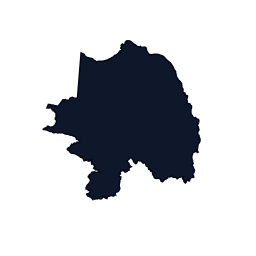 Mackenzie District, Canterbury, New Zealand, rotated 126°
{"feature_id": "76426892B16622223508882", "entity_name": "Mackenzie District", "entity_type": "district", "adm_level": 2, "iso_a3": "NZL", "parent_name": "New Zealand", "parent_adm1": "Canterbury", "projection": "albers", "projection_center": [170.575, -43.938], "detail": "fine", "context": "isolated", "style": "filled", "palette": "ink", "viewbox_px": 256, "rotation_deg": 126, "n_neighbors": 0, "source": "geoboundaries", "source_scale": "gbopen_adm2", "svg_char_len": 5878}
<svg xmlns="http://www.w3.org/2000/svg" viewBox="0 0 256 256"><g transform="rotate(126 128 128)"><path d="M66.6,104.8L64.2,106.4L63.5,108.3L61.9,109.5L61.1,110.6L60.6,110.7L59.6,113.6L59.7,114.7L58.0,119.2L56.3,120.7L55.4,122.0L54.5,122.5L54.0,123.5L53.7,125.1L52.1,127.5L50.5,131.7L50.2,136.8L49.4,140.6L49.4,142.5L50.8,146.9L52.3,149.4L54.9,152.0L56.0,153.8L55.8,155.2L54.8,158.0L52.6,160.5L52.4,161.2L52.8,162.1L54.5,163.9L55.0,165.2L54.7,166.0L55.6,166.4L56.5,167.9L56.6,169.2L56.4,169.6L56.6,170.2L56.4,171.0L56.7,172.8L56.4,175.2L56.5,177.8L58.0,180.0L58.5,180.4L60.1,180.6L62.0,179.7L63.0,180.2L63.4,182.0L64.7,182.1L65.4,182.0L65.8,181.1L67.1,180.5L67.4,180.9L67.7,180.7L67.6,180.0L68.5,178.7L69.7,179.0L70.3,178.3L70.5,178.8L70.1,179.5L70.4,179.8L71.0,179.5L72.2,179.8L73.4,179.5L75.2,180.4L76.1,180.4L76.8,181.3L79.7,181.8L80.5,182.5L82.0,182.8L82.9,183.6L85.3,184.8L88.6,187.4L91.5,191.2L93.0,192.2L92.9,193.7L93.2,195.3L92.8,197.2L93.4,199.0L93.7,199.3L95.1,202.7L95.0,205.6L94.2,206.5L94.8,210.1L133.9,186.2L133.9,187.0L134.9,188.0L135.6,189.4L135.9,191.1L137.9,192.4L140.9,192.0L141.0,193.1L141.7,194.2L141.8,195.5L142.4,195.8L143.4,197.2L152.0,197.3L152.1,199.1L152.7,199.7L153.7,202.5L154.3,203.1L155.0,205.2L155.8,206.3L159.4,205.4L158.4,203.8L157.1,202.6L156.9,202.1L157.1,201.6L156.9,201.4L157.8,200.2L157.6,199.8L157.7,199.1L157.5,198.9L157.8,198.7L157.5,198.5L157.4,198.0L157.7,197.8L157.5,197.3L157.9,196.9L157.7,196.4L158.0,196.1L157.7,195.9L158.0,195.3L158.7,194.4L159.0,194.5L159.2,194.0L160.2,193.6L160.5,192.6L161.9,192.8L162.9,192.5L163.0,191.9L163.7,191.7L163.5,191.2L163.7,190.4L165.9,189.1L167.4,189.1L168.4,188.6L169.1,189.0L171.6,189.3L171.7,190.0L172.8,190.9L173.5,192.9L173.5,193.9L174.1,194.2L175.4,194.1L177.2,195.3L178.8,195.8L178.8,195.4L177.3,192.6L176.6,188.9L175.3,186.9L175.5,186.9L175.7,186.4L175.4,186.3L175.5,186.0L175.3,185.6L175.5,185.3L174.8,184.4L173.9,184.1L173.4,182.1L172.6,181.1L172.0,180.9L171.2,179.2L170.2,178.3L169.8,175.7L169.0,173.8L168.0,172.9L168.0,171.2L167.6,170.3L167.0,169.8L166.3,166.3L165.9,165.1L167.3,163.0L166.7,161.4L167.1,159.2L167.7,159.0L167.9,159.3L168.6,159.5L169.0,159.8L169.0,160.3L169.4,160.5L169.5,160.8L169.9,160.5L170.4,161.0L171.2,160.9L171.3,161.8L171.7,162.0L171.8,162.6L172.4,162.8L173.3,162.7L174.1,163.4L174.2,164.0L177.4,163.7L179.3,164.6L180.7,164.8L181.0,164.2L181.2,163.3L181.0,162.2L181.7,160.4L181.5,158.7L180.9,158.0L180.9,157.4L180.3,156.7L179.6,154.7L179.7,153.5L179.3,152.5L179.5,152.0L179.3,151.7L179.4,151.2L178.9,150.6L179.6,149.6L179.3,148.2L179.1,147.9L178.4,148.2L177.9,147.7L178.4,147.1L179.0,146.9L179.2,146.0L180.3,144.3L177.8,142.1L177.4,141.3L178.2,140.7L177.2,139.7L176.8,139.9L175.3,138.9L176.3,138.4L176.5,137.7L177.7,137.1L178.4,136.0L178.0,135.8L177.8,134.8L178.2,133.5L178.2,132.4L180.7,132.2L180.4,131.0L181.0,129.7L179.9,128.5L180.0,125.8L180.7,125.4L183.3,128.5L183.0,129.1L185.2,131.3L187.0,130.9L188.4,131.7L189.1,131.4L190.3,131.7L191.0,131.3L190.9,130.2L191.4,129.8L191.9,128.0L192.6,127.2L194.9,127.2L195.5,126.9L198.6,127.4L199.5,126.8L200.3,127.0L201.4,126.6L202.0,125.8L201.3,125.3L201.4,124.6L201.0,124.0L201.8,123.4L200.8,122.8L200.9,121.5L203.3,121.2L203.8,120.9L204.4,121.2L205.1,122.4L205.6,122.4L206.1,122.1L206.0,121.9L206.3,121.5L206.1,120.7L206.4,120.8L206.6,120.5L206.1,119.0L206.2,118.2L205.4,117.4L206.0,116.8L205.9,115.9L206.3,115.4L206.5,114.5L205.9,114.7L205.4,114.1L205.2,113.2L203.8,112.1L203.3,111.1L202.4,110.8L201.6,108.7L200.6,107.7L199.0,108.0L197.8,106.0L198.0,105.4L197.4,103.6L196.8,103.9L194.9,104.0L194.0,102.8L193.1,102.7L192.8,102.1L192.1,101.5L191.9,100.1L191.6,99.7L189.6,99.3L189.5,98.8L189.0,99.5L187.4,100.3L185.7,98.9L184.7,98.6L182.7,98.7L181.6,99.2L180.1,101.1L178.9,101.9L176.1,103.2L175.3,104.0L173.9,103.9L171.9,105.0L172.1,105.8L172.5,105.8L172.2,107.3L170.8,107.5L169.6,107.1L168.6,108.4L167.3,108.4L166.2,107.9L165.1,106.6L165.2,105.9L165.0,105.6L165.1,105.0L165.4,104.5L163.9,103.4L161.8,102.9L161.3,102.4L160.6,102.9L160.1,104.0L157.5,102.7L157.6,103.2L157.2,105.0L156.0,106.7L155.9,108.4L155.2,109.2L153.7,109.2L152.4,108.8L151.4,108.9L150.8,108.5L149.9,107.4L150.5,106.6L150.8,105.1L151.4,104.5L151.9,103.3L152.4,101.0L151.7,100.4L150.8,101.0L150.4,100.6L149.2,101.2L148.3,100.7L147.6,98.9L146.6,97.5L147.3,96.7L147.4,96.1L147.2,95.6L147.5,95.0L146.9,94.6L146.3,93.6L146.5,92.9L148.0,90.8L147.4,89.1L149.2,86.9L148.4,85.9L149.3,84.8L149.6,84.2L149.0,83.4L149.4,82.3L151.0,80.8L151.9,78.4L152.8,77.4L152.3,75.6L151.3,74.6L150.7,73.6L150.6,72.6L150.2,72.1L150.3,71.5L151.6,70.0L151.3,68.6L149.5,68.1L148.0,68.3L147.4,68.0L147.3,67.5L146.7,67.1L146.0,67.2L145.2,66.6L144.6,67.0L144.0,66.9L142.9,65.3L142.1,65.2L141.3,64.4L141.5,63.9L141.3,63.3L141.3,62.3L140.8,61.6L139.9,61.0L140.0,60.2L139.8,59.4L140.2,58.6L140.0,58.2L137.6,57.7L136.8,56.6L135.8,56.2L135.7,55.0L134.9,54.5L136.8,54.2L137.3,52.2L138.5,51.2L138.7,49.3L138.3,49.4L137.3,49.1L136.0,49.7L134.8,49.0L134.7,48.4L135.1,47.9L134.7,47.2L132.1,48.1L131.6,47.8L130.9,47.8L130.6,47.2L129.6,46.6L129.4,46.0L129.1,45.9L128.1,47.2L127.7,47.3L127.7,48.2L126.9,48.8L125.3,48.5L122.9,49.5L122.4,50.9L121.2,52.4L121.1,53.9L118.2,54.6L117.4,55.9L116.5,56.5L115.6,58.0L113.8,59.6L110.8,60.6L110.3,61.1L109.5,60.9L108.3,60.0L107.1,59.6L107.0,58.7L106.5,57.6L106.8,57.4L106.3,57.1L105.6,58.6L103.0,60.2L99.5,61.9L98.3,61.7L96.2,62.1L95.1,62.9L94.2,63.8L93.9,64.9L93.5,64.9L93.4,65.3L92.2,66.4L92.2,67.7L91.7,68.3L90.7,68.7L90.0,69.5L88.5,69.3L88.1,69.8L87.5,69.8L87.1,70.2L87.1,71.2L85.9,71.5L85.2,73.9L83.3,73.6L80.5,74.9L79.8,75.9L79.8,76.7L80.4,77.4L79.9,79.5L80.6,80.3L80.9,81.6L80.7,82.6L80.1,83.3L80.2,84.2L79.8,85.0L77.8,86.8L76.2,87.9L74.2,88.5L72.7,89.8L72.9,90.8L72.1,92.1L72.7,93.2L73.0,94.8L71.1,96.2L70.3,97.5L69.5,97.6L67.2,98.5L67.0,99.3L67.9,100.5L66.3,102.6L66.8,103.8L66.6,104.8Z" fill="#0f172a" stroke="#020617" stroke-width="1.5"/></g></svg>